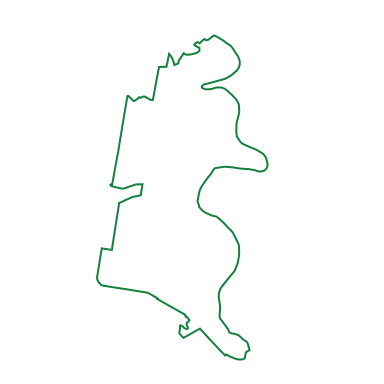 the district of Nanesti, Vrancea, Romania, rotated 9°
{"feature_id": "2599482B9784868122907", "entity_name": "Nanesti", "entity_type": "district", "adm_level": 2, "iso_a3": "ROU", "parent_name": "Romania", "parent_adm1": "Vrancea", "projection": "equal_earth", "projection_center": [27.499, 45.566], "detail": "fine", "context": "isolated", "style": "outline", "palette": "green", "viewbox_px": 384, "rotation_deg": 9, "n_neighbors": 0, "source": "geoboundaries", "source_scale": "gbopen_adm2", "svg_char_len": 5955}
<svg xmlns="http://www.w3.org/2000/svg" viewBox="0 0 384 384"><g transform="rotate(9 192 192)"><path d="M254.9,348.5L259.8,349.6L261.6,350.1L264.4,350.1L267.2,349.6L268.6,349.3L269.2,348.9L270.0,348.0L270.1,346.5L270.3,341.9L273.6,339.1L271.2,333.8L270.1,332.1L269.7,331.6L268.7,331.0L265.9,329.8L264.6,329.0L262.3,327.4L261.2,326.7L260.2,326.2L259.3,325.9L258.0,325.7L256.0,325.5L253.3,325.4L251.9,325.2L251.0,324.9L248.9,321.7L247.6,320.4L240.9,313.8L239.2,312.2L238.5,309.3L238.2,305.6L238.0,303.1L237.5,300.1L236.6,297.2L234.8,291.4L234.5,288.6L234.6,286.2L235.1,283.6L236.2,280.9L239.8,274.5L245.3,265.2L246.5,263.1L248.1,256.0L248.3,255.0L248.4,247.9L248.4,247.6L248.4,247.0L248.3,246.5L248.2,245.6L248.1,244.9L248.0,243.7L247.3,240.2L247.1,239.0L246.8,238.0L246.7,237.6L246.5,237.2L246.1,236.3L244.2,233.4L242.9,231.5L241.0,229.0L238.7,225.7L238.5,225.4L238.2,225.2L236.8,224.2L236.2,223.6L234.0,222.2L233.2,221.5L232.5,221.0L230.8,219.7L227.9,217.4L226.7,216.6L225.7,216.0L224.9,215.4L223.3,214.3L222.4,213.8L220.9,213.0L220.7,212.8L220.5,212.6L220.0,212.4L218.1,212.4L216.4,212.2L215.4,212.1L215.0,212.1L214.9,212.0L213.4,211.7L211.8,211.2L210.6,210.9L209.2,210.5L208.1,210.1L207.3,209.9L206.0,209.2L205.1,208.6L203.7,207.6L203.0,207.0L202.0,206.2L201.7,205.9L201.5,205.6L200.2,202.6L198.8,200.0L199.0,196.9L199.0,195.1L199.1,194.4L199.1,193.2L199.4,189.4L199.9,187.0L201.1,184.0L201.3,183.5L203.5,179.0L203.8,178.4L204.0,178.1L205.3,175.5L205.7,174.6L206.4,173.6L207.6,171.6L208.0,170.9L210.3,165.4L210.4,165.2L210.7,165.1L210.9,165.0L212.7,164.3L215.0,163.6L216.5,163.0L217.5,162.8L219.1,162.3L220.4,162.0L221.1,161.9L221.7,161.8L222.8,161.7L224.0,161.6L225.6,161.5L227.4,161.4L228.1,161.3L231.2,161.3L231.9,161.3L233.9,161.3L235.3,161.3L239.6,161.0L240.3,160.9L241.0,160.9L242.0,160.8L244.3,160.5L247.4,160.6L250.2,160.6L251.5,160.8L253.2,161.1L255.2,161.3L258.2,160.6L260.0,159.5L261.9,157.3L262.1,156.1L262.5,153.8L261.6,150.6L260.6,148.6L259.6,146.6L258.4,145.0L255.7,142.9L248.3,140.0L239.7,138.0L234.9,136.6L232.3,135.2L227.7,130.3L226.4,125.9L225.2,117.0L226.2,106.9L226.1,105.1L225.2,101.0L224.9,99.2L224.1,97.4L222.6,95.3L220.6,93.2L215.6,89.4L210.6,86.2L208.1,84.9L205.4,84.3L202.8,84.4L199.7,85.0L195.3,87.1L192.2,88.0L189.6,88.4L187.0,88.0L185.5,87.4L185.1,86.5L185.6,85.4L187.3,83.8L195.6,80.2L207.2,74.9L212.2,70.9L217.1,65.3L218.9,61.5L219.2,58.7L218.6,55.0L216.4,51.1L214.0,48.6L210.1,44.1L208.0,42.1L204.6,40.2L202.2,39.3L200.2,38.0L198.0,37.0L192.2,34.7L189.2,33.9L186.3,36.8L185.8,37.5L185.4,37.7L184.4,39.0L184.0,39.2L183.5,39.4L182.9,39.7L182.2,40.0L181.8,39.8L181.2,39.5L180.6,39.2L180.3,39.0L179.1,40.2L178.3,41.3L177.7,42.1L177.4,42.2L176.7,43.6L176.5,43.8L176.3,43.9L176.0,43.9L175.7,43.8L175.0,43.4L174.4,43.2L174.1,43.1L173.8,43.1L173.5,43.3L173.2,43.6L172.8,44.0L171.6,45.5L171.2,45.9L171.8,46.8L172.0,46.9L172.7,47.1L173.5,47.4L174.3,47.7L175.3,48.0L176.6,48.4L176.7,48.5L177.3,51.3L176.7,52.1L176.0,52.7L175.2,53.6L174.8,53.9L174.1,54.3L173.4,54.6L171.6,55.4L170.0,56.0L167.6,56.8L166.8,57.0L166.1,57.1L165.3,57.1L164.5,57.1L164.4,57.2L164.1,57.1L163.6,56.9L162.1,56.2L160.8,59.2L158.7,63.6L158.4,64.3L158.3,67.2L154.7,69.3L154.3,68.5L153.9,67.3L153.5,66.6L153.2,65.9L152.8,65.2L152.1,64.0L151.8,63.5L151.4,62.9L150.9,62.3L150.2,61.5L149.2,60.5L148.3,59.8L147.8,59.3L147.2,72.3L139.9,73.6L139.6,82.3L139.2,98.2L138.9,107.4L136.6,107.4L136.1,107.3L133.8,106.4L131.9,105.7L131.3,105.4L130.0,105.1L129.2,105.3L128.2,105.7L128.0,105.9L127.5,106.4L127.2,106.6L126.8,106.9L126.6,107.0L126.2,107.0L125.6,106.7L125.1,106.5L124.8,107.1L124.4,107.6L123.6,108.4L122.5,109.5L121.7,110.4L121.0,111.0L120.6,111.3L120.2,111.3L114.1,107.1L113.2,107.4L113.1,117.0L113.0,125.2L113.0,125.8L112.9,137.6L112.8,154.2L112.8,161.9L112.8,162.9L112.8,164.5L112.6,168.9L112.3,180.6L112.1,191.6L112.0,194.5L111.9,196.4L111.9,197.2L111.5,197.2L111.0,197.2L110.6,197.2L110.4,197.4L110.5,198.3L111.2,198.6L111.7,198.6L113.0,198.9L113.9,199.0L115.3,199.2L117.2,199.3L118.9,199.4L120.2,199.5L121.2,199.6L122.5,199.5L123.5,199.3L124.7,198.9L126.0,198.4L127.2,197.6L128.0,197.1L128.7,196.8L129.6,196.3L131.0,195.6L131.7,195.3L133.0,194.5L134.4,193.8L135.4,193.3L136.6,193.0L137.3,192.9L139.0,192.6L139.9,192.5L140.8,192.3L141.9,192.1L141.9,203.1L138.5,204.6L136.9,205.2L136.0,205.5L134.8,205.9L134.0,206.3L133.5,206.5L133.2,206.6L132.8,207.0L131.5,207.9L129.5,209.2L128.3,209.9L125.9,211.6L124.7,212.3L124.1,212.8L122.3,214.0L122.0,214.2L121.7,214.3L121.8,217.0L121.8,233.1L121.8,245.7L121.9,261.8L114.1,261.8L111.7,261.8L111.7,265.1L111.6,271.8L111.6,274.4L111.6,283.9L111.6,289.4L111.6,291.7L112.0,292.9L112.1,293.2L113.0,294.5L113.5,295.3L114.2,296.1L114.7,296.1L115.2,296.7L116.0,297.4L116.7,297.9L117.3,298.2L117.9,298.3L119.3,298.4L120.4,298.4L121.5,298.4L125.4,298.4L128.7,298.4L129.9,298.4L131.8,298.4L142.0,298.3L152.3,298.4L163.8,298.4L164.0,298.4L164.5,298.5L174.7,302.5L174.4,303.1L175.3,303.4L177.5,304.2L180.3,305.3L183.3,306.4L186.1,307.5L189.1,308.6L192.1,309.7L199.4,312.4L204.2,314.2L204.7,314.5L204.9,314.6L204.9,314.8L204.6,315.1L204.7,315.3L205.0,315.6L205.2,315.8L205.6,316.1L205.9,316.2L206.1,316.6L206.4,316.5L206.6,316.4L206.8,316.6L207.1,316.7L209.0,318.6L209.5,319.0L209.1,319.7L208.7,320.4L208.5,320.8L207.9,321.5L207.6,321.8L207.4,322.2L207.4,322.6L207.3,323.1L207.4,323.5L207.5,323.9L207.8,324.5L208.4,325.4L208.7,325.7L209.0,326.1L209.1,326.5L209.2,326.8L209.2,327.4L209.1,327.6L208.9,327.8L208.5,328.0L207.9,328.1L207.5,328.1L206.9,328.0L206.3,327.8L205.4,327.3L204.4,326.7L203.8,326.3L203.5,326.0L203.2,325.8L202.8,325.6L202.3,325.5L201.7,325.4L201.4,325.5L201.1,325.7L201.1,326.1L201.1,326.8L201.3,327.7L201.4,328.3L201.5,329.6L201.5,330.5L201.6,331.0L201.5,331.5L201.3,331.8L201.4,333.2L203.9,335.7L205.6,336.8L206.4,337.4L209.6,334.9L212.6,332.5L218.0,328.2L221.3,325.7L224.3,328.2L230.4,333.0L237.6,338.6L245.0,344.4L250.5,348.4L251.6,347.1L254.9,348.5Z" fill="none" stroke="#15803d" stroke-width="2"/></g></svg>